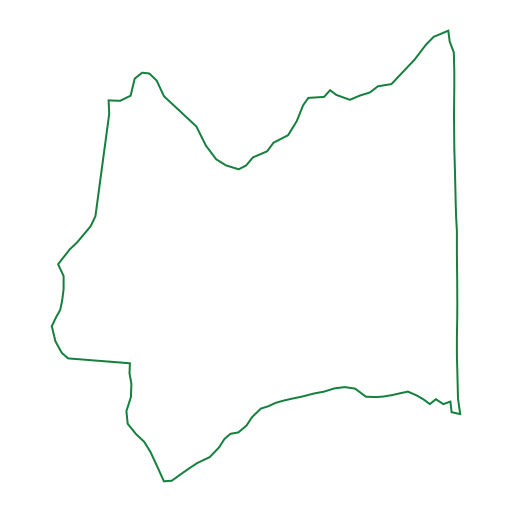 Mataraca, Paraíba, Brazil
{"feature_id": "56859067B64684814426718", "entity_name": "Mataraca", "entity_type": "district", "adm_level": 2, "iso_a3": "BRA", "parent_name": "Brazil", "parent_adm1": "Paraíba", "projection": "equal_earth", "projection_center": [-35.042, -6.555], "detail": "fine", "context": "isolated", "style": "outline", "palette": "green", "viewbox_px": 512, "rotation_deg": 0, "n_neighbors": 0, "source": "geoboundaries", "source_scale": "gbopen_adm2", "svg_char_len": 1458}
<svg xmlns="http://www.w3.org/2000/svg" viewBox="0 0 512 512"><path d="M108.6,100.4L109.2,114.0L95.4,216.3L90.6,226.3L76.9,242.6L69.7,249.4L58.1,264.2L63.6,276.1L63.6,289.3L62.1,300.9L60.2,309.9L55.9,317.6L51.8,326.2L55.4,341.3L61.8,352.9L68.1,358.4L129.9,363.3L129.5,373.3L131.4,383.9L130.9,397.1L126.4,411.2L127.7,423.8L136.3,434.4L144.2,441.8L150.5,452.0L157.5,467.1L163.9,481.3L171.8,480.7L180.8,474.2L188.7,468.7L197.3,463.0L209.7,457.1L219.0,447.5L224.5,438.9L230.5,433.8L238.4,432.4L246.7,425.3L251.9,417.3L260.8,408.6L268.2,406.3L275.8,402.8L283.6,400.6L292.3,398.6L301.6,396.7L314.0,393.5L324.1,391.6L334.4,388.4L344.6,387.1L355.1,388.6L365.9,396.7L376.4,397.1L383.8,396.5L392.1,395.1L399.1,393.5L407.9,391.6L416.8,395.5L423.2,399.2L429.9,404.1L435.9,399.2L443.3,404.1L450.4,401.6L451.6,412.2L460.2,414.1L458.0,398.6L457.3,370.4L456.9,355.2L456.9,337.2L457.2,319.5L457.3,305.8L457.2,280.6L456.9,254.5L456.9,230.8L456.1,216.8L455.7,202.7L455.0,172.9L454.3,148.1L454.0,115.3L454.3,85.7L454.3,71.2L453.8,52.5L449.7,41.5L448.3,30.7L433.7,36.8L426.1,44.5L414.6,59.6L391.4,84.1L377.9,86.3L370.0,92.4L359.5,95.7L349.9,99.8L336.3,94.9L330.1,90.2L324.1,96.9L308.3,97.9L303.1,105.3L296.8,121.0L288.1,135.2L273.6,142.6L267.1,151.3L252.9,157.4L246.2,165.4L238.7,169.3L226.0,165.4L216.2,159.3L205.9,145.6L196.4,126.5L164.0,96.3L156.7,80.6L149.3,73.5L142.2,72.7L134.7,78.6L130.6,95.7L120.1,100.8L108.6,100.4Z" fill="none" stroke="#15803d" stroke-width="2"/></svg>